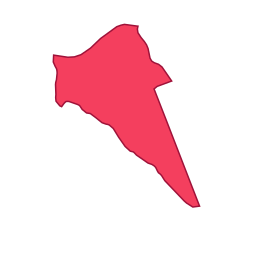 an SVG outline of Kouffo, rotated 159°
{"feature_id": "BEN-2176", "entity_name": "Kouffo", "entity_type": "Department", "adm_level": 1, "iso_a3": "BEN", "parent_name": "Benin", "parent_adm1": "", "projection": "robinson", "projection_center": [1.816, 7.113], "detail": "fine", "context": "isolated", "style": "filled", "palette": "rose", "viewbox_px": 256, "rotation_deg": 159, "n_neighbors": 0, "source": "natural_earth", "source_scale": "10m", "svg_char_len": 1066}
<svg xmlns="http://www.w3.org/2000/svg" viewBox="0 0 256 256"><g transform="rotate(159 128 128)"><path d="M85.9,156.4L89.7,155.1L89.5,120.9L89.4,87.1L89.3,52.3L89.2,29.4L95.8,31.0L100.2,36.9L101.7,39.8L112.5,65.6L113.7,71.6L114.4,73.4L115.6,75.3L115.9,76.9L116.3,81.3L117.1,83.2L118.7,85.4L121.9,88.1L129.8,99.7L130.8,102.2L131.5,103.7L134.2,105.6L137.3,111.8L140.0,122.6L141.9,132.8L144.5,137.6L145.9,138.8L147.0,139.4L150.3,142.2L154.6,149.6L158.0,155.0L161.3,156.9L164.1,161.7L165.0,165.8L165.5,166.8L166.6,168.0L173.6,173.9L175.4,174.7L176.7,174.9L178.9,173.9L182.3,171.7L183.7,173.1L185.6,178.8L184.6,182.4L183.3,185.1L180.1,194.5L179.1,196.5L177.5,198.7L174.5,204.6L173.8,206.9L173.5,208.9L173.9,211.8L174.1,216.4L171.3,222.7L158.8,215.6L152.5,213.6L145.6,213.3L134.4,216.0L121.5,221.4L102.2,226.6L97.7,226.5L94.2,226.0L83.0,219.9L82.2,219.5L83.8,217.0L84.6,213.4L83.4,207.8L81.8,203.0L80.9,199.0L80.8,195.0L82.4,185.3L81.9,182.0L80.1,179.5L77.1,176.9L76.7,176.6L74.4,172.8L70.4,156.2L85.9,156.4Z" fill="#f43f5e" stroke="#9f1239" stroke-width="1.5"/></g></svg>